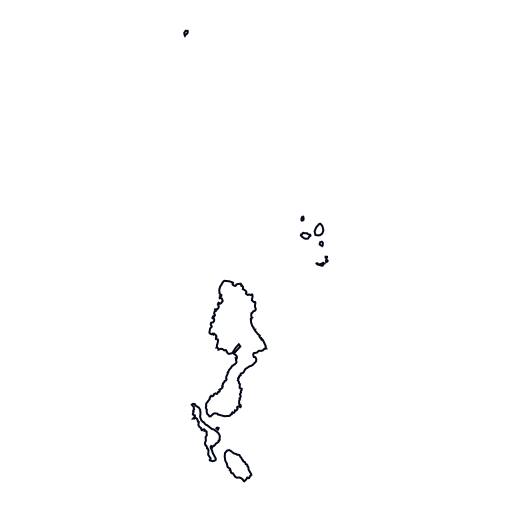 outline of Kepulauan Talaud, Sulawesi Utara, Indonesia
{"feature_id": "22746128B45484540858108", "entity_name": "Kepulauan Talaud", "entity_type": "district", "adm_level": 2, "iso_a3": "IDN", "parent_name": "Indonesia", "parent_adm1": "Sulawesi Utara", "projection": "orthographic", "projection_center": [126.807, 4.647], "detail": "fine", "context": "isolated", "style": "outline", "palette": "ink", "viewbox_px": 512, "rotation_deg": 0, "n_neighbors": 0, "source": "geoboundaries", "source_scale": "gbopen_adm2", "svg_char_len": 6128}
<svg xmlns="http://www.w3.org/2000/svg" viewBox="0 0 512 512"><path d="M229.3,281.3L224.3,280.8L223.4,281.5L222.0,283.5L221.6,284.6L220.4,286.1L219.3,289.5L219.5,293.5L221.4,295.1L221.3,295.8L220.4,296.0L220.7,296.4L220.2,297.1L219.6,297.4L219.6,297.9L219.8,298.3L220.5,298.0L221.6,298.3L222.6,300.4L222.6,301.3L221.1,303.1L219.9,303.8L219.2,303.0L218.6,302.7L217.8,304.2L218.8,306.5L218.3,308.1L216.8,309.7L216.2,309.7L216.2,309.3L215.1,309.4L215.8,310.9L214.7,311.3L214.1,313.4L215.0,315.1L214.4,316.1L213.3,316.1L212.4,317.8L212.6,318.3L213.8,318.2L214.2,319.4L214.1,320.9L213.1,322.3L211.1,322.7L210.7,324.5L211.8,326.6L210.1,328.5L209.4,332.5L209.7,333.3L211.2,334.1L212.1,334.3L212.7,333.7L213.2,334.2L213.3,333.8L213.8,334.1L214.1,333.8L216.2,335.5L216.1,336.3L216.5,336.9L215.9,337.7L216.0,339.1L217.6,339.3L218.1,340.4L217.5,343.7L216.9,345.1L217.0,346.5L216.5,347.6L217.3,347.6L218.0,348.3L218.5,348.8L218.5,349.7L220.8,348.8L222.3,349.0L224.3,350.4L225.8,350.0L226.9,351.7L226.9,352.2L228.4,353.8L229.1,353.9L232.3,353.1L235.7,347.8L238.8,344.3L240.3,346.5L234.5,352.8L234.1,353.9L236.2,355.5L236.9,356.8L236.8,358.3L236.0,358.2L236.2,358.6L235.8,359.0L236.5,362.1L236.1,363.0L235.0,364.1L231.7,366.3L231.3,367.4L229.0,370.0L228.4,371.8L227.7,372.4L228.0,372.9L226.3,376.8L226.1,378.5L226.6,379.3L226.4,379.8L225.7,380.7L224.7,380.9L224.2,382.2L222.9,383.4L223.1,384.0L222.2,386.0L222.7,386.4L222.3,387.7L221.1,388.9L219.4,389.7L219.8,391.0L219.6,391.4L219.2,391.8L218.1,392.0L217.2,393.8L216.8,393.9L215.5,393.4L213.8,394.3L213.6,395.5L212.8,396.1L211.8,396.3L211.2,395.8L210.8,396.1L209.8,397.6L209.7,399.0L206.3,403.5L206.0,404.7L206.3,406.1L205.8,407.4L206.0,408.3L206.9,409.9L206.6,411.0L207.0,413.2L207.3,414.0L208.2,414.7L209.4,416.3L209.6,416.1L210.7,416.3L213.2,413.9L214.8,413.3L217.0,413.6L217.8,414.0L217.9,414.5L224.4,416.2L229.4,415.9L230.4,415.3L230.6,414.5L231.8,414.2L232.1,412.7L232.5,412.3L233.8,412.9L234.6,412.0L235.0,410.3L236.0,410.6L236.6,410.3L237.6,408.7L237.1,407.6L237.4,406.8L239.0,406.4L240.3,407.2L240.9,406.6L240.5,405.0L239.4,404.5L239.2,403.9L239.1,401.0L239.9,399.2L239.5,398.3L240.2,397.9L240.7,396.1L239.9,394.2L241.0,392.5L240.8,391.1L241.5,390.4L241.7,388.8L239.9,388.2L239.6,387.6L239.9,384.1L238.9,383.1L238.9,381.7L237.8,380.4L238.3,379.3L238.0,378.2L239.0,377.6L239.0,376.5L239.4,376.0L240.7,375.4L240.4,374.3L240.7,373.7L243.3,372.7L245.3,369.1L249.7,366.2L251.1,365.9L252.6,365.0L256.0,361.5L256.3,359.3L255.7,357.8L255.3,357.2L253.8,357.0L253.5,356.2L253.2,354.4L253.7,353.2L256.9,352.6L258.8,350.8L261.7,350.8L263.1,350.2L264.1,349.0L266.3,348.5L265.5,347.1L265.7,346.0L263.1,340.5L262.3,339.4L261.7,339.8L261.3,339.3L261.5,338.9L261.1,337.9L260.2,337.8L259.4,336.6L259.8,335.6L257.9,334.1L255.2,330.8L254.9,330.2L255.1,329.7L254.5,329.7L253.6,328.2L253.7,327.8L252.3,326.0L251.1,322.5L250.8,318.9L251.5,318.7L251.6,317.8L251.9,317.6L251.5,317.4L251.2,315.1L251.5,313.1L252.2,312.9L253.1,311.5L255.1,310.6L255.8,309.3L254.9,306.1L255.4,302.7L255.0,302.0L253.8,302.1L251.8,300.2L252.6,296.6L252.3,294.6L252.0,294.4L251.3,295.1L249.0,294.5L247.9,295.0L246.3,294.0L245.9,293.3L246.4,292.2L246.1,291.2L244.1,289.7L242.8,289.1L243.1,287.9L242.8,286.7L242.2,285.7L241.6,286.0L241.2,285.7L241.2,284.7L240.7,283.7L237.4,284.1L236.2,284.7L235.6,285.9L235.1,285.9L233.8,285.5L232.7,284.7L232.5,284.0L233.1,282.9L232.7,282.5L229.3,281.3ZM234.0,453.5L230.7,450.9L229.3,450.1L227.1,450.6L225.0,453.0L224.7,456.7L225.3,460.7L226.9,463.7L227.5,466.9L230.2,469.0L230.3,469.8L229.9,470.2L230.8,471.0L230.9,472.3L231.8,473.2L232.9,473.3L235.2,476.8L236.9,477.7L239.5,477.5L241.2,478.2L242.6,479.3L243.8,481.1L244.3,481.3L246.3,479.3L247.3,477.6L248.5,478.2L249.2,478.0L249.9,476.2L251.3,475.1L251.1,473.9L248.7,469.9L248.3,467.4L248.0,466.6L247.5,466.3L247.3,465.0L246.6,464.3L245.7,464.1L245.0,462.2L243.3,461.4L242.7,459.9L242.3,459.8L241.1,457.5L240.2,456.7L239.6,455.2L238.7,454.8L237.2,454.8L236.1,453.9L234.0,453.5ZM194.2,403.9L192.8,403.9L191.8,404.7L193.8,407.1L193.8,408.7L194.1,409.4L193.2,410.6L193.1,411.2L193.6,411.7L192.8,414.2L193.5,415.0L194.8,415.3L195.0,416.4L193.1,418.6L194.3,418.6L194.8,418.0L196.3,418.2L196.8,418.6L197.5,419.7L198.0,421.7L198.8,422.0L198.4,424.8L199.1,426.6L200.9,427.9L201.7,430.1L202.2,430.2L203.3,429.4L204.1,429.3L204.8,430.0L204.6,430.8L205.4,430.7L206.5,431.5L206.3,432.0L206.7,432.7L206.6,434.2L206.9,435.0L205.6,437.2L205.9,440.5L204.9,443.1L205.3,445.0L206.2,445.5L206.3,446.2L206.8,446.6L207.0,448.3L207.6,448.4L208.5,450.1L208.2,454.7L210.6,458.5L210.3,459.4L209.7,460.0L210.1,460.5L212.6,461.2L214.5,460.7L215.6,460.0L215.8,458.7L212.6,452.7L212.1,450.6L211.4,449.2L211.8,448.3L210.8,448.0L210.7,446.5L211.2,446.0L212.6,446.8L213.7,445.7L214.4,445.7L215.9,443.6L218.3,442.1L219.1,440.9L218.8,440.5L219.4,440.3L219.8,439.4L219.5,438.3L219.9,436.7L219.6,435.6L219.1,434.2L217.9,432.6L214.1,429.6L211.9,429.0L207.1,425.2L205.6,424.6L203.7,422.2L202.8,421.9L201.3,420.2L200.1,416.9L200.5,412.9L200.1,409.7L198.8,407.6L195.2,405.4L195.1,404.4L194.2,403.9ZM320.1,235.1L322.2,233.6L323.2,231.1L323.3,229.8L322.4,226.2L321.0,224.3L320.1,223.7L319.1,224.1L316.1,227.5L314.6,231.5L315.5,235.0L318.1,235.4L320.1,235.1ZM303.4,232.8L302.6,233.2L302.2,234.3L301.2,234.4L300.8,235.2L301.5,236.3L304.3,238.4L306.1,238.8L308.1,238.5L309.2,236.7L310.5,235.7L310.2,234.8L308.0,234.2L307.0,233.2L305.0,233.3L303.4,232.8ZM321.8,241.7L320.2,242.2L319.6,244.1L320.0,244.8L322.2,246.1L322.8,245.1L322.8,242.7L321.8,241.7ZM187.1,31.1L185.7,30.7L184.3,32.7L184.4,34.4L185.0,35.8L185.7,34.7L187.4,33.3L187.8,31.7L187.6,30.9L187.1,31.1ZM324.2,263.5L323.4,262.8L319.8,264.4L318.4,264.1L317.2,263.2L316.6,263.5L317.4,264.4L322.2,265.8L322.6,265.7L323.8,263.6L324.2,263.5ZM302.9,216.6L302.0,217.2L301.4,218.9L301.4,220.1L302.0,220.7L303.3,220.1L303.6,219.2L303.5,217.3L302.9,216.6ZM327.7,260.8L326.4,259.2L325.9,261.1L326.2,262.0L327.3,261.7L327.7,260.8ZM216.9,427.7L216.4,428.3L217.9,429.6L218.7,428.1L217.9,427.7L216.9,427.7ZM327.0,256.8L325.6,256.7L325.5,257.5L326.3,258.0L326.4,257.5L327.0,257.4L327.0,256.8Z" fill="none" stroke="#020617" stroke-width="2"/></svg>